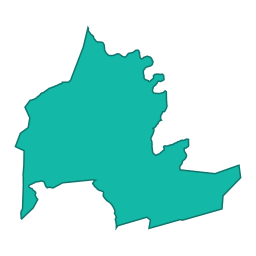 the district of San Juan Quiahije, Oaxaca, Mexico
{"feature_id": "50627088B53386333601556", "entity_name": "San Juan Quiahije", "entity_type": "district", "adm_level": 2, "iso_a3": "MEX", "parent_name": "Mexico", "parent_adm1": "Oaxaca", "projection": "mercator", "projection_center": [-97.349, 16.355], "detail": "fine", "context": "isolated", "style": "filled", "palette": "teal", "viewbox_px": 256, "rotation_deg": 0, "n_neighbors": 0, "source": "geoboundaries", "source_scale": "gbopen_adm2", "svg_char_len": 5794}
<svg xmlns="http://www.w3.org/2000/svg" viewBox="0 0 256 256"><path d="M164.4,91.3L164.0,92.1L163.4,92.5L161.6,93.0L159.5,93.6L157.1,93.4L155.9,93.4L154.1,93.1L153.5,92.8L152.6,91.5L152.5,90.1L152.9,88.4L153.4,86.7L156.0,84.6L156.2,84.1L156.6,83.9L157.7,81.7L158.3,81.2L160.7,81.5L163.3,80.2L164.0,79.6L163.6,75.4L162.5,74.2L161.4,74.2L160.1,74.6L158.6,74.1L156.6,74.1L154.8,74.4L153.4,75.8L153.6,77.0L153.6,77.7L153.1,78.6L149.7,81.4L149.3,81.6L148.8,81.5L148.3,80.7L145.1,79.5L144.2,78.5L144.0,77.4L144.0,76.2L143.8,75.6L143.9,75.1L143.4,73.8L143.4,72.2L143.3,71.6L143.7,69.9L144.2,69.5L145.2,68.0L146.6,67.0L149.0,66.4L149.9,66.1L151.2,65.5L152.1,64.7L152.6,63.7L153.0,61.3L152.2,60.6L151.9,59.1L151.7,58.7L150.5,57.3L149.3,56.9L147.2,56.2L143.5,57.5L143.5,57.8L142.8,58.5L142.3,58.8L141.3,58.7L140.7,58.3L140.0,57.3L139.4,53.3L139.6,52.9L139.0,51.5L138.7,50.7L138.0,50.1L135.6,50.4L132.8,52.6L129.2,53.2L128.3,53.5L127.3,54.8L126.6,55.9L126.4,56.0L125.9,56.7L125.3,57.0L124.6,57.1L122.6,56.5L119.6,54.3L117.9,53.7L117.2,54.0L116.1,54.2L114.8,55.0L113.7,55.3L111.9,55.6L109.1,55.5L108.3,55.1L106.0,52.8L104.6,50.0L104.5,47.7L104.1,44.8L103.1,43.0L102.5,42.5L101.0,42.1L98.4,42.0L97.3,41.9L96.7,41.7L95.7,40.8L95.1,39.8L94.0,38.7L93.3,36.2L90.8,34.2L88.4,30.8L88.2,30.1L88.4,29.3L88.4,28.3L88.0,27.6L83.3,47.1L71.2,78.7L71.2,79.0L71.1,79.6L70.2,80.5L69.3,81.4L68.2,82.4L66.8,82.2L65.8,82.1L64.8,82.2L63.8,82.3L62.4,82.2L62.1,82.8L62.0,83.2L61.3,83.7L59.6,84.0L59.1,84.4L58.6,84.7L57.7,85.1L56.9,85.5L56.1,85.8L54.6,86.2L53.8,87.1L53.4,87.0L52.5,87.1L51.8,87.5L51.2,87.6L50.8,87.9L50.4,88.2L49.9,88.3L49.2,88.3L48.7,88.8L43.1,92.8L42.1,92.9L41.7,93.1L41.2,93.5L40.8,93.7L40.6,94.1L40.1,94.6L39.6,95.4L39.0,95.8L38.2,96.3L37.5,96.7L36.8,97.7L35.8,98.3L34.8,98.9L34.3,99.2L32.9,99.6L32.1,100.0L30.1,100.3L25.0,107.2L29.8,117.8L28.2,127.6L20.4,133.3L15.4,146.6L24.1,150.7L23.9,164.8L23.4,171.0L23.1,174.6L23.3,177.4L23.3,186.7L22.6,207.4L22.5,209.2L21.3,210.9L20.9,213.3L20.9,214.1L21.1,215.4L21.2,218.4L21.7,218.9L33.2,207.9L37.6,199.7L37.7,199.2L37.2,198.8L36.4,197.8L36.1,197.1L35.6,196.2L35.2,195.4L35.1,194.8L35.3,194.2L35.7,193.7L35.7,192.8L35.3,192.0L34.7,191.3L34.2,191.1L33.1,190.1L32.4,189.2L32.2,188.8L30.9,188.3L29.9,187.7L28.8,187.0L28.7,186.5L28.7,185.8L29.5,185.0L30.7,184.4L31.2,184.2L31.7,184.2L32.7,183.5L33.4,183.1L34.1,182.8L35.0,182.6L35.4,182.0L35.6,181.8L36.2,181.7L37.2,181.8L37.7,181.8L38.9,181.6L39.3,181.4L39.8,181.3L40.2,181.2L41.1,181.0L41.9,181.1L42.7,181.2L43.4,181.4L43.8,181.7L44.1,182.0L44.3,182.7L44.6,183.0L45.5,185.6L46.1,186.8L46.7,187.3L47.5,187.8L48.7,187.2L53.1,187.9L62.6,182.8L92.4,179.8L95.3,180.2L94.5,180.6L94.3,180.8L94.1,181.2L93.9,181.6L93.7,182.0L93.3,182.5L93.1,182.7L92.7,183.2L92.7,183.5L93.0,184.0L93.3,184.4L93.7,184.6L93.9,185.0L94.0,185.6L94.5,186.2L95.4,187.1L95.9,187.6L96.7,188.0L97.0,188.5L97.2,189.0L97.9,189.5L98.5,189.7L98.9,190.1L99.7,190.5L101.0,190.8L102.0,191.2L102.8,191.4L103.2,191.7L103.5,192.5L103.5,193.4L103.4,194.2L103.2,195.0L103.2,195.5L103.4,196.4L104.2,197.4L104.6,197.9L105.2,198.8L106.2,199.8L106.8,200.6L107.4,200.9L108.2,201.5L109.1,202.1L110.1,202.8L111.0,203.8L111.8,204.6L112.4,205.8L113.0,206.6L113.5,207.5L114.0,208.4L114.4,209.3L114.7,210.2L114.9,211.2L114.9,211.9L114.7,212.8L114.4,213.2L114.7,213.9L115.5,215.0L115.8,215.8L116.1,216.7L116.3,217.0L116.3,217.5L115.9,217.9L115.7,218.4L115.4,218.9L115.3,219.4L115.5,219.9L115.6,220.4L115.6,220.8L116.0,221.2L116.2,221.7L115.9,222.1L116.4,224.5L116.3,225.4L116.4,226.4L116.3,227.8L116.7,227.2L117.3,226.5L117.8,225.7L146.9,217.2L150.4,220.0L149.0,228.4L179.8,219.7L182.6,220.1L222.0,208.9L223.0,195.9L240.6,177.7L239.0,165.2L215.0,173.7L180.1,169.9L179.9,169.2L179.9,168.7L179.8,167.7L179.8,166.8L180.2,165.7L180.7,165.3L181.6,164.1L182.1,163.1L182.2,162.3L182.2,161.7L182.8,160.9L183.7,160.1L184.2,159.7L184.7,159.3L185.2,158.7L185.8,157.9L186.2,157.0L186.5,156.0L186.5,155.5L186.3,154.8L186.1,154.1L185.9,153.6L185.4,153.0L185.1,152.4L184.5,151.6L184.2,150.6L184.1,150.0L184.2,149.2L184.3,148.3L185.3,148.1L186.1,148.0L186.6,147.5L187.3,147.0L188.1,146.6L188.5,145.9L188.7,145.0L188.5,143.8L188.6,142.2L188.4,140.7L188.4,140.2L188.6,139.5L188.4,139.4L188.1,139.3L187.7,139.3L186.9,139.2L186.2,139.2L185.6,139.4L184.6,140.1L183.5,140.5L182.7,140.2L181.5,140.4L181.0,140.4L180.0,141.1L178.8,141.6L177.8,141.7L177.2,142.2L176.8,142.7L176.1,142.8L175.6,143.1L174.9,143.1L174.3,143.5L173.4,144.1L172.9,144.7L172.2,144.5L171.0,144.9L170.2,145.2L169.7,145.1L169.0,145.5L167.8,145.9L167.3,146.1L166.5,146.1L165.5,146.0L164.8,145.9L164.5,145.9L164.2,146.1L163.8,146.5L163.7,147.2L164.1,148.5L164.3,149.2L163.9,150.2L163.1,150.6L162.7,150.9L162.3,151.4L161.7,151.9L160.8,152.5L160.4,152.9L159.8,153.6L159.3,153.8L158.5,154.2L157.8,154.3L157.1,154.8L156.2,155.1L155.5,155.4L155.4,155.3L154.3,154.1L153.2,153.3L152.8,152.5L152.6,151.8L152.5,150.6L152.2,149.0L152.2,148.2L152.1,147.9L151.9,146.1L152.1,145.0L151.9,143.3L151.9,142.3L151.8,141.2L151.4,140.6L151.1,139.6L150.9,138.9L150.8,137.9L151.6,136.7L152.2,135.3L152.8,134.3L153.2,133.0L153.7,131.5L154.0,130.3L153.8,129.4L152.9,128.4L153.5,128.1L154.7,127.7L155.6,126.5L156.2,125.8L156.4,125.3L157.0,124.4L157.7,123.9L158.2,123.2L158.4,121.9L159.1,121.5L159.9,120.8L160.6,120.4L161.5,120.2L160.9,119.3L160.5,118.7L160.6,118.0L160.7,117.2L160.5,116.4L160.9,115.6L161.2,114.9L161.8,113.8L162.4,112.7L162.6,111.7L164.2,111.7L165.0,111.0L165.3,110.2L165.6,109.7L166.2,108.7L166.5,107.9L166.9,106.5L167.0,105.7L166.9,105.0L166.7,103.9L166.7,103.1L166.7,102.5L166.6,102.0L166.7,101.4L166.4,100.8L166.3,100.1L166.6,99.5L166.3,98.9L166.5,98.2L166.5,97.7L166.4,96.8L166.4,95.9L166.4,95.3L166.3,94.7L166.4,94.1L166.4,93.0L166.3,91.9L165.9,91.4L165.4,90.9L164.4,91.3Z" fill="#14b8a6" stroke="#0f766e" stroke-width="1.5"/></svg>